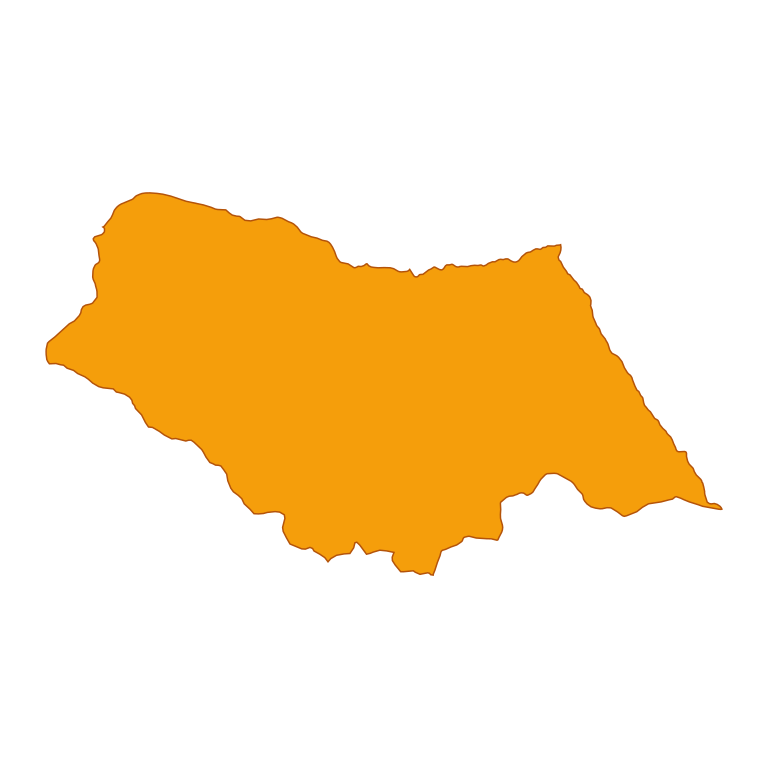 Korphu, Tongsa, Bhutan
{"feature_id": "84629894B58410761625070", "entity_name": "Korphu", "entity_type": "district", "adm_level": 2, "iso_a3": "BTN", "parent_name": "Bhutan", "parent_adm1": "Tongsa", "projection": "robinson", "projection_center": [90.525, 27.213], "detail": "fine", "context": "isolated", "style": "filled", "palette": "amber", "viewbox_px": 768, "rotation_deg": 0, "n_neighbors": 0, "source": "geoboundaries", "source_scale": "gbopen_adm2", "svg_char_len": 6077}
<svg xmlns="http://www.w3.org/2000/svg" viewBox="0 0 768 768"><path d="M47.8,361.6L49.4,363.8L56.0,363.5L60.3,364.7L63.6,365.2L67.1,368.2L73.6,370.4L77.6,373.5L84.9,376.8L88.3,379.2L92.7,383.1L98.7,386.6L103.1,387.8L113.3,388.9L116.3,392.0L118.8,392.5L124.6,394.1L129.6,397.2L131.9,400.2L132.6,403.3L134.6,405.7L135.5,408.5L141.6,414.9L145.5,422.6L148.5,427.0L152.5,427.4L159.4,431.4L164.3,435.0L171.9,438.9L175.8,438.5L185.8,441.0L188.7,440.2L191.2,440.2L193.9,442.1L201.7,449.5L203.3,452.0L206.0,457.1L209.9,462.5L213.1,463.8L215.5,465.1L218.5,465.3L220.8,465.9L223.4,469.3L226.7,474.1L227.8,480.8L230.8,488.2L233.4,491.8L238.2,495.3L241.8,498.7L244.2,503.8L250.0,509.2L254.0,513.7L258.4,513.9L263.4,513.5L267.4,512.4L275.1,511.6L279.7,512.1L284.3,514.8L284.9,518.4L282.6,527.4L283.2,531.4L286.4,537.7L290.0,544.0L301.8,548.9L305.4,549.1L310.0,547.4L312.6,548.5L314.0,551.0L319.8,554.2L324.8,557.6L328.0,561.8L330.8,558.6L336.5,555.3L344.1,553.9L349.9,553.5L353.7,547.8L354.9,542.8L356.8,542.2L359.8,545.1L366.5,554.2L370.3,553.3L373.2,552.1L379.8,550.2L386.6,550.9L394.0,552.4L392.2,557.2L392.4,560.6L395.2,565.0L400.7,571.7L403.8,571.7L413.3,570.8L415.2,572.2L420.0,574.3L427.7,572.8L429.5,573.3L430.7,574.7L433.2,575.1L433.4,573.8L434.8,570.5L437.4,562.4L440.0,555.7L440.9,552.1L441.5,551.0L442.4,550.3L445.7,549.3L451.1,546.9L456.6,545.0L457.6,544.4L461.5,541.7L462.3,540.8L463.1,538.6L463.8,537.6L464.8,537.1L468.2,536.3L469.4,536.3L476.2,538.0L486.6,538.7L491.2,538.8L497.0,540.2L497.9,539.8L498.9,537.5L501.7,532.1L502.4,529.9L502.7,527.4L502.4,525.1L500.7,519.2L500.5,518.1L500.4,514.4L500.7,509.6L500.4,503.5L500.6,502.3L506.0,497.7L507.0,497.1L509.2,496.2L512.6,495.9L513.7,495.6L514.8,495.1L517.0,494.4L519.1,493.3L520.2,493.0L521.3,492.8L523.7,493.1L526.5,495.1L527.7,495.2L530.8,493.7L532.7,492.3L533.4,491.3L534.6,489.2L537.9,484.2L539.6,481.1L541.0,479.1L545.1,474.9L546.1,474.2L547.2,473.7L554.1,473.3L556.4,473.5L557.6,473.8L570.9,481.1L572.7,482.6L574.3,484.4L577.6,489.4L581.8,493.6L582.5,494.6L582.9,495.7L583.6,499.3L584.8,501.3L587.1,504.0L591.0,506.8L595.4,508.1L600.0,508.8L602.3,508.7L606.9,507.7L610.4,507.8L611.5,508.2L617.5,511.9L622.2,515.5L623.2,516.0L624.3,516.3L626.5,515.8L636.8,511.7L642.4,507.3L648.5,503.8L661.1,501.9L669.1,499.8L672.5,499.1L675.2,496.9L676.4,496.7L680.7,498.2L683.9,499.7L689.3,501.9L698.2,504.7L702.6,506.3L718.6,509.2L721.0,509.4L721.9,509.1L721.1,507.6L720.0,506.3L717.2,504.4L714.3,503.5L711.2,503.9L709.4,503.6L707.2,502.1L704.9,494.8L704.6,492.9L704.6,491.4L703.7,486.9L702.7,483.1L702.0,482.2L701.6,480.7L700.7,479.3L696.3,475.0L694.3,471.6L693.5,469.2L692.9,468.0L689.2,464.2L688.4,462.7L687.6,461.1L686.5,456.5L686.5,453.3L686.1,452.2L685.3,451.7L684.3,451.5L678.9,451.8L677.8,451.5L676.8,450.8L676.0,449.3L675.5,447.5L673.7,443.8L672.2,439.8L670.6,436.9L668.2,434.7L667.0,433.4L665.9,431.2L662.8,428.4L659.9,424.8L658.7,421.7L658.0,420.5L657.0,419.7L655.0,418.7L654.4,418.1L650.4,411.8L648.2,409.9L646.1,407.1L644.6,405.5L643.7,402.9L642.8,398.0L642.3,397.2L640.7,395.5L638.8,391.5L636.9,390.1L634.9,386.0L632.6,380.1L631.9,377.6L630.5,375.4L628.4,373.8L627.3,372.5L624.4,367.8L622.0,361.7L618.6,357.3L616.7,355.7L612.0,353.3L610.4,351.1L609.7,349.8L608.0,344.2L607.3,342.7L605.7,340.1L605.4,339.2L601.1,333.8L599.6,329.4L599.2,328.6L596.7,325.6L595.7,323.0L593.2,317.4L592.8,315.7L592.2,310.2L591.3,308.0L590.5,305.5L590.8,304.3L591.0,300.6L590.1,297.8L589.5,296.6L587.6,294.7L584.3,292.6L582.3,289.2L580.0,288.4L578.9,286.0L576.4,282.3L573.8,279.9L570.0,274.9L567.7,273.8L566.5,271.4L563.3,267.1L560.6,261.4L559.2,260.3L558.8,259.5L558.3,257.7L558.2,256.8L560.1,252.8L560.8,250.1L561.0,247.4L560.6,244.7L559.8,245.0L556.4,245.3L554.7,246.0L553.9,246.1L547.8,245.9L545.6,247.3L543.0,247.5L540.9,249.1L540.1,249.4L537.5,248.9L535.8,248.9L533.4,250.1L530.4,252.0L527.9,252.4L526.2,253.0L521.9,256.6L519.8,259.4L518.6,260.7L517.1,261.6L515.5,262.1L513.7,262.0L512.1,261.4L510.5,260.6L508.3,259.1L507.5,258.9L505.7,258.9L503.2,259.6L500.6,259.3L498.9,259.6L495.0,261.8L492.4,261.8L488.3,263.4L486.2,265.0L483.8,266.0L482.9,265.9L481.4,265.1L480.5,265.0L478.0,265.5L474.5,265.3L471.0,265.7L467.6,266.6L461.6,266.3L459.8,266.5L459.1,266.9L457.3,267.0L455.7,266.5L452.7,264.5L451.9,264.3L449.4,264.9L446.8,264.9L445.5,265.8L443.5,268.8L442.0,269.8L441.1,269.9L439.4,269.5L434.8,267.1L433.9,267.1L431.0,269.0L428.6,270.0L423.0,274.3L420.4,274.5L419.5,274.7L417.7,276.6L416.8,276.9L415.1,276.8L414.3,276.3L413.7,275.6L409.7,269.4L408.5,270.7L406.9,271.4L401.7,271.9L399.9,271.8L398.2,271.3L393.7,268.7L390.3,267.8L384.2,267.6L378.1,267.8L373.8,267.4L371.2,267.0L368.8,265.8L367.0,263.8L366.2,263.9L364.1,265.5L361.7,266.4L360.8,266.5L358.2,266.3L356.4,267.3L355.1,267.7L354.0,267.7L348.1,263.9L341.2,262.5L340.2,262.0L339.4,261.2L337.2,258.4L336.2,256.2L334.6,251.6L332.5,247.2L330.6,244.2L329.0,242.4L327.0,241.2L322.4,240.3L317.0,238.1L311.3,236.8L302.6,233.3L300.8,231.9L297.2,227.1L293.6,224.0L291.6,222.9L288.3,221.6L282.1,218.3L280.4,217.8L278.1,217.3L277.0,217.3L271.3,218.8L266.7,219.5L258.6,219.0L250.7,220.9L244.9,220.3L240.2,216.7L239.1,216.3L236.8,216.2L232.3,215.1L229.4,213.1L225.8,209.9L217.7,209.5L215.4,209.1L211.1,207.3L203.3,204.9L186.2,201.3L170.7,196.1L162.8,194.2L157.0,193.4L150.0,192.9L145.4,193.0L142.0,193.5L139.7,194.3L136.5,195.7L135.5,196.4L133.0,198.9L132.0,199.5L121.2,204.0L119.2,205.2L117.3,206.7L115.7,208.5L114.3,210.4L112.5,214.9L110.9,218.1L107.8,221.7L104.1,226.4L102.9,227.0L103.9,227.7L104.5,228.7L104.5,231.2L104.1,232.3L102.5,234.0L101.5,234.7L94.8,236.8L93.3,238.6L93.4,239.8L93.9,240.9L94.7,241.7L96.1,243.7L98.0,248.2L98.3,249.3L99.0,255.4L99.6,259.0L99.7,260.2L99.4,261.4L98.8,262.4L97.9,263.2L95.9,264.4L95.1,265.2L93.5,268.5L93.0,270.9L92.7,277.0L93.2,279.3L95.2,283.7L95.6,285.8L96.7,289.7L97.0,291.7L97.1,297.0L96.8,297.7L92.5,303.2L90.0,304.2L85.7,305.1L83.1,306.6L81.4,309.6L80.8,312.8L79.3,315.6L74.4,321.0L69.3,323.8L54.7,337.1L49.1,341.5L47.5,343.2L46.2,349.2L46.1,351.6L46.2,354.8L46.8,359.5L47.8,361.6Z" fill="#f59e0b" stroke="#b45309" stroke-width="1.5"/></svg>